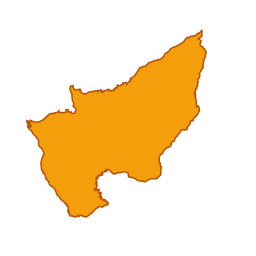 Jombang, Jawa Timur, Indonesia, rotated 255°
{"feature_id": "22746128B39847330151566", "entity_name": "Jombang", "entity_type": "district", "adm_level": 2, "iso_a3": "IDN", "parent_name": "Indonesia", "parent_adm1": "Jawa Timur", "projection": "natural_earth1", "projection_center": [112.264, -7.561], "detail": "fine", "context": "isolated", "style": "filled", "palette": "amber", "viewbox_px": 256, "rotation_deg": 255, "n_neighbors": 0, "source": "geoboundaries", "source_scale": "gbopen_adm2", "svg_char_len": 5709}
<svg xmlns="http://www.w3.org/2000/svg" viewBox="0 0 256 256"><g transform="rotate(255 128 128)"><path d="M55.5,55.1L56.6,56.2L55.8,56.7L55.2,57.8L55.5,58.2L56.0,58.1L56.3,59.1L55.2,60.6L55.2,61.4L54.4,61.4L53.6,63.5L52.9,64.1L53.2,66.0L54.0,67.9L54.6,68.4L55.3,71.7L56.7,73.1L57.0,74.4L58.5,75.7L58.5,77.0L59.0,77.6L58.7,78.2L59.9,79.6L59.2,80.5L58.1,83.1L59.2,84.5L58.9,86.0L59.5,86.5L59.1,88.0L59.4,89.0L60.0,88.9L60.9,89.5L62.2,88.5L61.9,88.1L62.1,87.8L63.4,87.9L64.0,87.6L64.1,87.3L63.6,87.1L63.8,86.9L64.7,87.1L65.1,86.3L64.5,85.3L65.3,85.4L66.5,84.8L66.5,83.4L67.1,83.6L67.4,84.4L67.9,84.0L68.7,84.4L68.9,82.9L69.7,84.1L71.2,84.0L71.3,84.7L71.9,85.3L72.2,85.0L72.0,84.1L72.7,84.7L72.8,83.7L73.4,83.4L73.5,82.7L74.3,83.1L74.8,83.9L76.2,84.1L76.3,83.5L75.8,82.8L76.4,82.4L76.1,81.6L76.1,80.7L76.8,79.5L77.7,80.0L77.6,80.7L77.9,81.0L77.7,81.8L78.3,81.6L78.8,82.4L80.2,82.5L80.3,83.4L81.5,83.0L81.9,83.3L82.4,82.5L83.0,83.6L83.5,83.0L83.8,83.7L86.6,83.9L87.1,85.7L87.7,85.1L87.4,84.7L88.1,84.5L88.1,85.2L89.0,85.6L88.6,86.5L89.3,86.8L89.3,87.6L89.8,87.7L89.0,88.3L90.0,89.3L89.5,89.7L89.8,90.3L89.4,90.1L89.3,90.4L90.4,90.7L90.2,91.3L89.9,91.5L91.0,91.8L91.0,90.7L91.7,91.2L91.7,92.3L92.0,92.8L91.6,93.9L92.4,94.3L91.7,96.2L92.7,96.2L93.1,95.6L93.6,96.2L92.5,98.8L90.9,100.0L88.8,101.0L87.0,102.7L87.4,106.8L86.8,109.2L86.9,112.4L86.6,113.7L84.1,116.4L82.6,116.4L81.7,115.8L80.2,116.4L79.3,119.0L77.4,121.7L75.4,123.2L74.6,124.3L73.2,127.0L72.7,129.0L71.6,130.0L73.0,136.0L72.3,140.3L71.8,141.1L71.6,142.8L72.2,142.9L72.5,144.4L74.2,147.1L75.5,148.1L76.0,147.9L77.4,148.4L77.6,148.1L78.6,148.8L81.5,150.1L82.1,150.2L82.5,149.4L85.7,150.0L86.1,149.6L88.4,149.6L92.2,150.9L94.4,153.4L94.4,154.8L96.5,156.2L97.9,158.7L98.8,159.6L99.1,160.3L98.6,160.9L99.1,162.0L98.9,163.0L99.7,164.6L100.8,165.5L101.8,165.6L102.1,166.0L103.4,167.8L103.3,169.3L105.8,170.7L106.7,171.7L107.2,173.2L108.6,174.3L109.2,175.9L110.9,177.6L111.3,178.4L112.2,178.8L112.1,180.4L111.5,181.7L111.8,182.0L111.1,184.0L111.3,184.6L113.7,185.7L115.1,188.0L116.4,189.4L118.8,190.4L118.1,192.6L120.6,194.0L120.9,195.6L122.0,197.1L124.4,199.9L126.4,201.5L129.2,201.9L131.2,201.5L131.4,201.1L130.7,199.7L130.8,199.6L135.7,200.8L140.0,201.1L140.2,200.7L141.1,200.8L141.4,201.1L141.2,201.3L141.9,201.7L142.2,201.3L142.7,201.6L143.3,201.2L143.3,201.6L144.0,201.9L144.3,201.3L144.9,201.8L145.2,201.7L145.5,202.4L145.9,202.3L147.1,203.1L147.5,203.0L148.2,204.2L148.5,204.1L148.7,204.5L148.9,204.2L149.2,204.7L149.9,205.0L150.6,206.1L152.4,206.6L153.1,206.3L153.4,206.7L153.2,206.9L154.4,207.7L156.6,207.7L157.8,209.5L159.4,210.7L160.0,211.0L162.1,211.0L164.0,213.0L164.5,213.2L165.0,214.1L165.5,214.2L166.9,216.5L168.5,216.4L169.7,216.7L170.2,217.3L172.3,217.8L174.2,219.3L175.9,219.9L177.2,221.5L179.3,221.9L180.6,223.1L182.4,223.0L184.3,222.4L186.5,221.1L187.3,221.2L187.9,219.9L189.1,219.2L190.2,219.1L192.3,220.9L193.4,221.1L195.1,219.9L195.5,219.1L196.2,220.0L197.4,222.7L198.3,223.5L199.8,223.4L201.8,224.5L203.1,224.5L201.4,221.7L201.4,221.0L200.9,220.7L201.2,219.2L200.0,218.2L200.0,216.3L199.6,215.6L200.3,213.0L200.2,212.1L199.4,209.3L200.1,208.9L200.0,208.0L198.9,206.8L198.0,205.1L196.5,204.0L196.4,202.4L195.4,199.9L194.8,196.7L194.4,195.9L194.3,192.4L193.3,189.3L192.1,187.9L191.7,186.9L191.1,186.1L190.1,182.9L187.7,180.7L186.2,177.7L186.1,174.7L186.4,174.2L185.9,173.2L186.4,170.6L185.7,168.8L185.8,165.5L183.3,160.9L183.2,160.0L183.6,158.4L183.1,155.7L183.3,155.2L176.9,148.1L175.7,145.3L175.4,143.2L174.3,142.7L174.0,143.3L173.6,142.7L173.4,142.9L172.8,142.6L172.6,140.9L170.6,138.0L172.5,137.9L172.9,134.6L171.4,134.3L171.7,132.8L170.9,132.5L170.9,132.1L171.3,129.7L172.2,129.1L172.2,128.7L170.1,128.0L169.5,128.1L169.4,127.9L170.1,127.1L169.9,125.7L169.0,125.6L169.1,124.5L167.9,124.1L168.5,122.4L168.1,122.3L168.3,120.3L168.6,119.9L169.7,120.1L170.6,118.4L169.9,118.1L170.3,114.0L169.3,113.7L169.4,112.6L168.9,112.5L169.2,111.5L171.8,112.1L171.9,111.7L171.5,109.2L170.9,108.6L171.0,108.1L172.0,108.3L172.5,104.9L172.5,104.6L172.1,104.5L172.2,102.5L172.7,102.2L172.9,99.7L172.8,98.7L172.1,97.9L171.9,95.1L172.5,95.0L172.8,93.2L173.7,92.9L175.7,91.3L176.8,92.0L177.6,92.1L177.6,91.3L178.0,91.3L178.1,87.4L179.0,86.2L180.2,86.1L181.7,85.2L183.0,85.9L182.8,84.2L183.5,83.8L182.3,82.6L180.8,81.9L174.6,82.5L169.9,81.5L165.8,82.0L162.9,80.6L160.4,82.6L159.5,82.9L156.1,80.2L156.7,77.2L158.1,77.4L159.1,74.4L161.1,74.8L161.7,72.8L159.3,72.4L159.6,69.4L160.7,66.0L161.3,65.3L162.4,65.7L161.4,63.5L161.6,60.9L161.0,60.7L161.2,58.9L161.7,59.0L162.0,55.8L161.5,55.5L161.3,54.2L160.4,53.5L160.3,52.3L159.4,51.3L159.1,50.1L158.7,49.9L157.7,47.8L157.0,43.2L157.7,39.3L160.7,35.8L160.1,35.0L160.1,33.8L159.3,33.5L160.7,33.1L160.4,32.5L161.0,32.1L160.0,31.8L158.9,32.4L157.1,32.4L157.3,32.9L158.2,32.7L158.1,33.1L158.3,33.3L157.8,33.4L158.3,33.9L157.8,33.9L158.0,34.5L157.2,34.0L156.5,34.5L156.0,34.2L155.1,35.1L154.6,34.6L154.8,33.2L154.3,33.4L154.6,32.4L156.1,32.4L156.7,32.9L156.9,32.4L156.2,31.5L154.6,31.6L153.1,32.0L150.0,34.1L146.8,34.9L144.7,36.3L139.6,38.2L137.6,38.1L136.0,37.5L133.9,37.3L129.9,39.6L125.7,40.2L124.5,40.1L123.8,39.6L123.0,38.5L121.3,37.8L120.5,36.6L115.8,34.4L113.7,34.8L113.3,34.3L111.3,33.8L110.4,34.0L109.8,33.6L109.4,34.1L108.2,34.6L106.5,34.2L106.6,35.0L105.5,35.7L105.0,35.2L104.6,35.6L101.7,35.8L100.5,35.2L99.2,36.3L98.6,36.3L97.4,37.1L94.9,37.6L93.8,37.4L91.6,38.8L91.6,39.4L87.2,41.7L81.6,42.2L80.0,43.6L76.0,44.7L74.2,46.4L71.5,47.8L71.2,48.4L69.9,48.2L69.7,49.2L68.1,49.0L67.8,49.6L66.1,49.7L65.2,49.2L64.0,49.2L63.8,48.5L63.2,48.3L62.8,48.7L62.1,48.6L61.9,49.5L60.3,48.7L59.5,49.3L57.9,49.3L57.8,51.1L57.1,51.6L56.8,52.4L56.2,52.6L55.5,55.1Z" fill="#f59e0b" stroke="#b45309" stroke-width="1.5"/></g></svg>